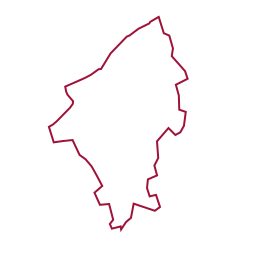 outline of Uzbekistan, Ferghana, Uzbekistan, rotated 158°
{"feature_id": "79887680B27601964839948", "entity_name": "Uzbekistan", "entity_type": "district", "adm_level": 2, "iso_a3": "UZB", "parent_name": "Uzbekistan", "parent_adm1": "Ferghana", "projection": "orthographic", "projection_center": [70.87, 40.347], "detail": "fine", "context": "isolated", "style": "outline", "palette": "rose", "viewbox_px": 256, "rotation_deg": 158, "n_neighbors": 0, "source": "geoboundaries", "source_scale": "gbopen_adm2", "svg_char_len": 903}
<svg xmlns="http://www.w3.org/2000/svg" viewBox="0 0 256 256"><g transform="rotate(158 128 128)"><path d="M202.2,142.5L193.2,140.3L183.9,137.6L183.0,121.2L179.0,114.8L176.1,106.0L174.8,95.7L173.6,83.9L183.3,80.6L182.8,67.3L174.0,64.6L176.1,48.5L180.8,45.8L180.6,40.7L171.7,39.5L172.4,36.5L165.1,41.5L158.9,43.6L151.1,55.7L134.1,41.2L127.9,42.8L127.1,55.5L133.5,56.5L132.9,65.1L128.8,72.9L118.8,73.2L117.6,83.3L111.2,88.9L106.1,104.8L90.5,112.8L86.7,103.8L81.1,104.4L75.3,109.1L68.4,121.3L73.6,125.8L68.7,139.1L67.4,150.2L54.3,151.3L53.8,159.4L60.5,178.2L56.5,185.0L55.1,198.2L59.3,202.5L57.9,219.5L58.2,219.5L67.6,218.1L69.1,217.0L81.2,216.1L91.9,213.2L94.9,213.2L116.2,203.7L130.9,192.8L133.2,193.5L142.7,191.2L150.1,190.5L170.7,189.9L171.7,184.9L171.6,181.4L168.9,173.4L170.1,171.1L174.0,168.6L191.9,160.8L196.4,159.3L200.9,158.7L202.2,142.5Z" fill="none" stroke="#9f1239" stroke-width="2"/></g></svg>